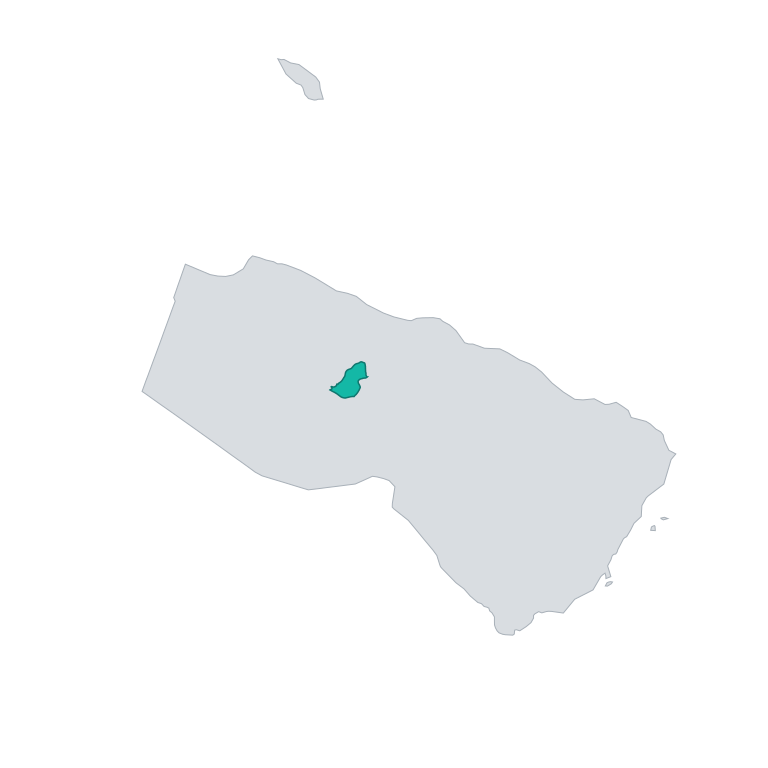 Tarim, Hadramawt, Yemen (highlighted), rotated 224°
{"feature_id": "15242507B10935646704236", "entity_name": "Tarim", "entity_type": "district", "adm_level": 2, "iso_a3": "YEM", "parent_name": "Yemen", "parent_adm1": "Hadramawt", "projection": "orthographic", "projection_center": [49.084, 16.078], "detail": "fine", "context": "in_parent", "style": "filled", "palette": "teal", "viewbox_px": 768, "rotation_deg": 224, "n_neighbors": 0, "source": "geoboundaries", "source_scale": "gbopen_adm2", "svg_char_len": 7391}
<svg xmlns="http://www.w3.org/2000/svg" viewBox="0 0 768 768"><g transform="rotate(224 384 384)"><path d="M610.1,332.2L585.1,341.9L578.5,346.2L572.6,351.4L568.2,357.8L565.2,369.1L567.7,379.3L567.6,384.8L561.1,388.5L555.0,391.2L548.3,395.3L544.2,396.4L540.8,399.6L536.9,401.8L522.9,407.8L507.4,412.4L482.9,417.9L473.4,423.8L464.8,427.8L451.6,429.1L433.6,434.7L423.5,439.1L411.1,446.3L408.3,448.6L406.1,453.9L402.2,458.4L394.7,465.9L389.0,469.8L385.3,469.9L377.9,472.0L369.3,472.4L354.7,469.7L350.9,471.6L347.8,474.5L336.6,479.5L325.1,489.7L316.7,492.4L303.1,495.5L293.6,499.6L287.2,501.3L279.0,502.1L263.8,501.4L249.4,502.8L236.1,505.5L229.8,510.8L222.5,519.4L210.8,522.8L208.0,525.8L204.3,532.1L196.7,533.6L189.9,534.6L182.9,531.6L169.6,539.1L164.6,540.2L157.1,540.4L151.7,541.8L147.8,541.3L143.1,538.1L133.0,534.2L125.5,536.4L125.0,529.1L113.2,506.4L116.2,487.1L116.3,484.3L114.0,475.6L106.9,467.4L107.4,457.4L105.1,450.1L103.4,442.7L104.1,440.7L104.2,438.9L100.8,427.4L99.6,425.1L99.2,422.7L100.5,420.9L100.5,418.8L98.7,415.2L96.8,408.5L87.0,403.0L89.2,398.2L91.0,400.0L93.6,401.5L94.2,398.4L94.3,396.0L90.6,381.1L97.3,361.6L95.9,343.8L105.4,336.9L107.8,334.8L109.2,333.0L111.5,329.0L114.6,327.7L115.8,323.5L115.7,321.4L113.8,319.5L112.5,314.5L113.2,308.2L113.8,305.6L114.9,300.8L118.2,299.1L119.0,297.7L116.6,294.6L116.9,292.8L122.6,287.9L124.8,286.4L128.4,284.9L131.2,285.0L134.4,286.0L137.2,287.5L139.9,290.2L142.8,293.2L147.3,294.4L150.4,294.2L152.9,295.6L155.0,294.9L157.5,293.5L161.3,293.7L164.8,292.0L174.7,291.4L184.2,292.2L194.2,291.0L204.1,291.3L214.2,291.6L216.4,291.8L218.5,292.8L226.9,297.4L233.3,298.5L246.2,299.9L259.9,301.5L271.8,302.8L282.0,301.8L290.4,301.0L292.6,301.2L295.1,304.0L300.1,311.1L304.8,317.7L313.2,318.1L318.6,315.7L324.5,312.3L328.2,309.6L332.4,299.0L335.2,292.1L341.4,284.4L346.6,277.9L353.5,269.4L357.3,264.6L364.9,255.3L372.0,251.6L385.8,244.6L399.2,237.7L408.0,233.2L415.5,231.1L428.0,229.4L442.6,227.2L457.3,225.1L472.9,222.8L490.4,220.2L502.3,218.4L517.5,216.1L530.1,214.1L541.4,212.4L552.9,210.6L555.2,215.8L557.5,220.9L559.7,226.1L562.0,231.3L564.3,236.5L566.6,241.7L568.8,246.8L571.1,252.0L573.4,257.2L575.7,262.4L578.0,267.5L580.3,272.7L582.6,277.9L584.9,283.1L587.2,288.2L589.5,293.4L591.7,298.5L595.3,300.1L597.5,304.9L600.7,311.7L603.8,318.5L607.0,325.4L610.1,332.2ZM648.3,540.8L651.4,541.4L656.1,539.4L669.8,538.9L686.3,544.2L683.2,545.9L681.4,548.0L674.2,550.1L667.1,554.7L646.3,557.4L640.1,556.3L635.0,552.1L625.6,546.7L629.3,543.0L630.0,541.4L631.4,539.8L636.6,536.9L641.9,537.3L648.3,540.8ZM91.7,469.0L91.0,470.1L90.1,469.8L87.0,467.0L90.5,464.0L92.3,466.9L91.7,469.0ZM83.7,399.2L82.1,400.3L81.7,398.3L82.9,393.8L84.5,392.5L85.5,395.9L84.8,397.7L83.7,399.2ZM89.7,482.9L86.3,484.4L88.7,480.3L91.1,479.6L91.7,479.8L89.7,482.9Z" fill="#d9dde1" stroke="#a8b0b8" stroke-width="1"/><path d="M418.4,378.0L418.4,377.9L418.5,377.5L418.5,377.1L418.5,376.8L418.5,376.6L418.5,376.4L418.5,375.9L418.5,375.5L418.5,375.1L418.4,374.9L418.4,374.7L418.4,374.2L418.4,373.8L418.4,373.7L418.3,373.2L418.3,372.8L418.3,372.6L418.4,372.4L418.5,372.1L418.6,371.8L418.7,371.7L418.8,371.4L419.0,371.0L419.2,370.6L419.3,370.4L419.5,370.1L419.6,369.9L419.7,369.6L419.8,369.2L420.0,368.7L420.1,368.2L420.1,367.9L420.0,367.5L420.0,367.2L420.0,366.8L419.9,366.4L419.8,366.1L419.7,365.7L419.5,365.4L419.3,365.1L419.1,364.7L418.9,364.4L418.7,364.1L418.5,363.8L418.4,363.7L418.1,363.2L417.9,362.8L417.8,362.6L417.7,362.5L417.7,362.4L417.6,362.1L417.5,361.9L417.4,361.4L417.4,360.9L417.3,360.6L417.3,360.4L417.2,360.2L417.1,359.8L417.0,359.4L417.0,359.2L416.9,358.8L416.9,358.7L416.8,358.2L416.7,357.8L416.6,357.5L416.6,357.2L416.6,356.8L416.6,356.3L416.6,356.0L416.6,355.6L416.7,355.3L416.7,355.2L416.7,354.8L416.8,354.5L416.9,354.1L417.0,353.8L417.1,353.4L417.1,353.0L417.0,352.7L416.9,352.3L417.0,352.2L417.1,351.9L417.3,351.8L417.6,351.5L417.8,351.3L417.8,351.1L417.8,350.9L417.5,350.7L417.4,350.6L417.3,350.4L417.2,350.1L417.2,349.7L417.1,349.3L417.2,348.9L417.2,348.7L417.3,348.6L417.4,348.3L417.4,348.2L417.5,348.0L417.5,347.8L417.7,347.4L417.9,347.1L418.2,346.8L418.4,346.6L418.7,346.4L419.0,346.2L419.4,346.0L419.5,346.0L419.7,345.9L420.0,345.7L420.1,345.4L419.8,345.2L419.5,345.1L419.4,345.1L419.1,345.1L418.7,345.0L418.4,344.8L418.2,344.5L418.1,344.3L418.1,344.2L418.1,343.8L418.2,343.5L418.3,343.5L418.4,343.1L418.6,342.8L418.6,342.6L418.7,342.4L418.8,342.3L418.8,342.2L418.4,342.3L418.0,342.4L417.9,342.4L417.6,342.5L417.2,342.6L416.7,342.7L416.3,342.8L415.8,343.0L415.3,343.1L414.8,343.3L414.4,343.4L414.2,343.5L413.9,343.6L413.7,343.6L413.3,343.7L413.1,343.8L412.8,343.9L412.5,343.9L412.4,343.9L412.3,344.0L412.1,344.0L411.7,344.1L411.2,344.2L410.9,344.2L410.7,344.3L410.2,344.4L409.8,344.4L409.5,344.4L409.1,344.5L408.6,344.5L408.4,344.6L408.1,344.6L407.8,344.6L407.4,344.7L407.0,344.7L406.9,344.7L406.5,344.8L406.2,344.8L405.9,344.9L405.7,345.0L405.3,345.1L405.2,345.1L404.8,345.3L404.7,345.3L404.4,345.5L404.2,345.6L403.9,345.7L403.5,346.0L403.2,346.2L403.0,346.3L402.8,346.5L402.5,346.7L402.2,346.9L402.0,347.3L401.8,347.5L401.7,347.7L401.4,348.1L401.2,348.5L401.0,348.8L400.8,349.1L400.5,349.5L400.3,350.0L399.9,350.5L399.7,350.9L399.6,351.0L399.4,351.3L399.2,351.6L399.0,351.9L398.8,352.1L398.7,352.2L398.5,352.5L398.3,352.8L398.0,353.1L397.7,353.4L397.6,353.5L397.4,353.7L397.1,353.9L396.8,354.2L396.8,354.5L396.9,354.9L396.9,355.2L396.9,355.3L396.9,355.6L396.9,356.0L396.9,356.3L396.8,356.6L396.8,356.9L396.8,357.1L396.8,357.4L396.8,357.5L396.9,357.8L396.9,358.3L396.9,358.7L397.0,359.0L397.1,359.4L397.1,359.6L397.1,359.9L397.2,360.3L397.3,360.6L397.4,361.1L397.5,361.5L397.6,361.8L397.6,362.1L397.7,362.3L397.8,362.6L397.9,362.9L398.0,363.2L398.1,363.3L398.2,363.6L398.3,364.0L398.4,364.3L398.5,364.6L398.7,365.0L398.9,365.2L399.0,365.3L399.3,365.5L399.5,365.6L400.0,365.8L400.4,366.0L400.7,366.1L401.2,366.3L401.6,366.4L402.0,366.5L402.4,366.6L402.8,366.7L402.9,366.8L403.1,366.9L403.4,367.1L403.7,367.3L403.9,367.4L404.0,367.5L404.3,367.7L404.4,367.9L404.5,368.0L404.7,368.4L404.7,368.5L404.8,368.8L404.8,369.2L404.8,369.6L404.8,369.8L404.8,370.0L404.7,370.4L404.6,370.8L404.4,371.2L404.3,371.5L404.2,371.7L404.1,371.8L403.9,372.1L403.6,372.5L403.4,372.8L403.4,373.0L403.1,373.5L402.8,373.9L402.6,374.2L402.4,374.5L402.1,374.8L401.8,375.0L401.6,375.3L401.4,375.6L401.2,376.0L401.1,376.4L401.1,376.5L401.0,376.8L401.0,377.1L400.9,377.3L400.9,377.5L401.0,377.4L401.4,377.4L401.7,377.4L401.8,377.4L402.1,377.5L402.4,377.6L402.8,377.7L403.0,377.8L403.7,378.4L404.4,379.2L405.0,379.6L405.7,379.9L405.7,380.0L405.9,380.1L406.2,380.5L406.4,380.7L406.8,381.0L407.1,381.3L407.3,381.5L407.5,381.7L407.7,381.9L407.9,382.1L408.0,382.1L408.2,382.4L408.5,382.7L408.8,382.9L408.9,383.0L409.1,383.3L409.3,383.4L409.4,383.5L409.5,383.7L409.6,383.8L409.8,383.9L409.9,384.0L410.2,384.2L410.6,384.5L411.0,384.8L411.3,385.0L411.7,385.2L411.8,385.3L412.0,385.4L412.1,385.5L412.4,385.6L412.5,385.6L412.8,385.6L413.0,385.4L413.4,385.2L413.7,385.1L414.1,385.0L414.2,384.9L414.4,384.9L414.7,384.7L415.1,384.6L415.4,384.4L415.7,384.2L416.0,383.9L416.1,383.6L416.3,383.3L416.3,383.2L416.4,382.9L416.4,382.7L416.5,382.2L416.6,381.8L416.7,381.5L416.8,381.4L416.9,381.1L417.1,380.8L417.2,380.6L417.3,380.4L417.4,380.2L417.5,380.0L417.8,379.7L417.9,379.4L418.1,379.1L418.2,378.7L418.3,378.4L418.4,378.2L418.4,378.0Z" fill="#14b8a6" stroke="#0f766e" stroke-width="1.5"/></g></svg>